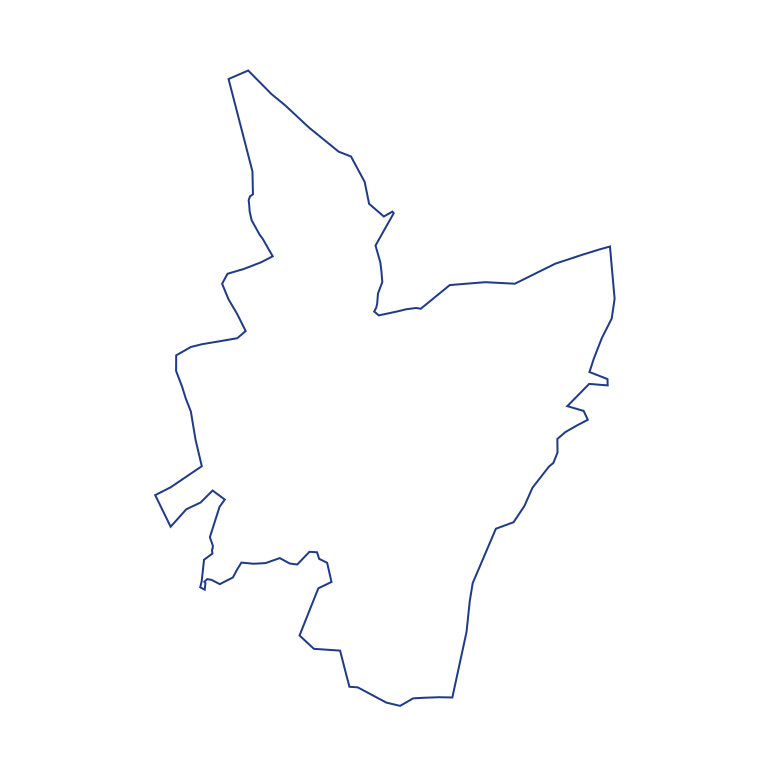 outline of Nganzai, Borno, Nigeria, rotated 176°
{"feature_id": "59680162B84828583281462", "entity_name": "Nganzai", "entity_type": "district", "adm_level": 2, "iso_a3": "NGA", "parent_name": "Nigeria", "parent_adm1": "Borno", "projection": "albers", "projection_center": [13.181, 12.442], "detail": "fine", "context": "isolated", "style": "outline", "palette": "blue", "viewbox_px": 768, "rotation_deg": 176, "n_neighbors": 0, "source": "geoboundaries", "source_scale": "gbopen_adm2", "svg_char_len": 1910}
<svg xmlns="http://www.w3.org/2000/svg" viewBox="0 0 768 768"><g transform="rotate(176 384 384)"><path d="M620.0,289.1L606.8,256.5L590.0,272.8L575.2,278.6L562.4,289.7L550.9,279.8L556.6,273.0L568.4,243.3L566.0,234.6L566.4,231.9L567.2,230.7L567.0,226.8L575.8,221.2L578.1,208.4L579.6,200.1L581.5,194.0L577.2,191.3L576.0,197.9L577.0,199.2L574.0,201.7L569.8,200.7L561.8,195.8L553.1,199.5L548.3,201.5L543.3,209.4L538.7,215.8L526.7,213.8L514.7,213.6L500.1,217.6L490.6,211.5L483.1,210.0L470.1,221.8L462.5,220.8L460.9,214.1L453.2,209.6L450.2,190.2L458.6,186.8L463.7,184.8L466.7,178.7L472.1,167.5L485.8,139.0L472.4,124.7L446.4,121.1L443.0,102.4L439.6,84.4L431.3,83.2L403.9,66.0L390.4,61.8L376.8,68.4L365.4,68.2L350.8,67.7L337.7,66.5L319.0,130.8L313.6,161.4L309.4,179.2L282.5,231.8L264.4,237.1L252.6,252.3L243.1,270.2L225.4,289.9L224.6,290.5L223.7,291.2L220.6,293.4L215.7,303.5L214.9,317.1L209.2,321.3L206.4,323.4L194.9,329.0L183.2,334.1L186.7,343.2L202.7,349.1L179.3,369.8L161.0,367.0L160.7,373.3L178.2,381.6L172.9,394.7L163.5,414.6L152.3,433.4L148.0,452.9L149.0,505.4L160.6,503.0L177.2,499.1L204.7,492.1L223.7,484.3L246.5,474.9L275.8,478.5L294.7,478.3L311.5,478.1L342.1,456.5L346.6,457.6L356.7,457.0L365.4,455.5L384.4,452.8L388.7,457.0L386.4,460.7L385.2,464.6L383.7,474.7L378.6,485.7L378.7,496.4L379.2,505.6L382.8,522.7L372.1,539.0L362.4,553.7L363.6,555.4L372.5,551.1L386.3,564.8L389.2,587.0L401.1,613.3L413.0,618.9L440.7,644.8L463.2,668.9L476.0,681.0L497.6,706.2L517.8,699.1L500.4,605.2L501.5,582.4L504.6,580.5L506.2,576.7L506.0,573.0L506.0,565.6L504.6,556.6L497.8,541.9L495.1,537.7L492.1,531.6L489.6,526.3L486.1,519.2L498.1,514.0L516.0,508.5L532.4,504.9L538.5,495.3L533.2,479.3L525.6,464.1L518.3,446.5L527.2,439.9L562.7,436.4L574.0,434.4L589.3,427.1L590.5,411.6L585.6,395.4L582.8,383.5L578.6,370.1L575.9,341.6L571.5,314.7L583.3,307.9L603.9,295.9L620.0,289.1Z" fill="none" stroke="#1e3a8a" stroke-width="2"/></g></svg>